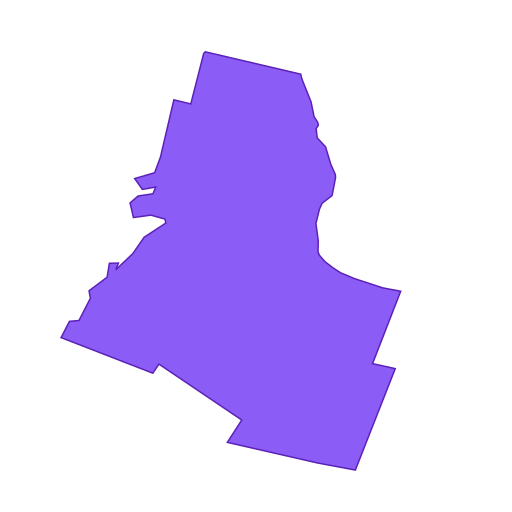 outline of Oswego, New York, United States of America, rotated 106°
{"feature_id": "52423323B56598235469590", "entity_name": "Oswego", "entity_type": "district", "adm_level": 2, "iso_a3": "USA", "parent_name": "United States of America", "parent_adm1": "New York", "projection": "albers", "projection_center": [-76.226, 43.431], "detail": "fine", "context": "isolated", "style": "filled", "palette": "violet", "viewbox_px": 512, "rotation_deg": 106, "n_neighbors": 0, "source": "geoboundaries", "source_scale": "gbopen_adm2", "svg_char_len": 933}
<svg xmlns="http://www.w3.org/2000/svg" viewBox="0 0 512 512"><g transform="rotate(106 256 256)"><path d="M434.4,101.5L325.9,91.1L327.3,114.3L250.0,107.2L251.7,125.4L250.6,154.9L248.8,170.2L246.0,179.1L242.5,188.0L237.8,195.3L234.7,197.6L224.3,200.3L208.1,207.4L193.4,207.9L187.1,207.0L177.0,199.6L176.1,199.6L158.8,201.1L155.8,202.2L147.2,209.4L131.9,219.2L125.6,229.7L117.0,233.3L113.1,232.1L110.4,233.6L106.1,238.6L103.7,239.8L92.6,245.6L73.3,260.6L68.9,263.1L73.7,361.0L75.6,362.1L127.8,360.6L128.5,378.0L187.2,375.1L203.9,376.4L215.0,394.0L223.3,383.6L217.4,371.4L224.6,372.2L230.8,385.9L239.7,391.7L252.8,384.4L245.7,368.3L245.6,353.7L249.2,351.8L268.8,368.7L287.7,375.1L307.9,387.0L300.7,386.3L303.4,394.9L317.5,393.3L335.4,406.9L340.5,404.5L342.0,403.5L366.8,408.4L370.2,417.3L388.2,420.9L397.1,322.9L386.7,319.5L417.6,224.5L443.1,232.2L438.0,139.7L434.4,101.5Z" fill="#8b5cf6" stroke="#5b21b6" stroke-width="1.5"/></g></svg>